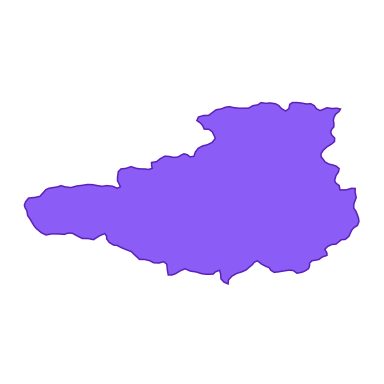 Nova Era, Minas Gerais, Brazil, rotated 271°
{"feature_id": "56859067B46168971865721", "entity_name": "Nova Era", "entity_type": "district", "adm_level": 2, "iso_a3": "BRA", "parent_name": "Brazil", "parent_adm1": "Minas Gerais", "projection": "equal_earth", "projection_center": [-43.01, -19.695], "detail": "fine", "context": "isolated", "style": "filled", "palette": "violet", "viewbox_px": 384, "rotation_deg": 271, "n_neighbors": 0, "source": "geoboundaries", "source_scale": "gbopen_adm2", "svg_char_len": 2952}
<svg xmlns="http://www.w3.org/2000/svg" viewBox="0 0 384 384"><g transform="rotate(271 192 192)"><path d="M157.9,33.1L155.3,34.8L153.0,36.7L150.8,39.4L148.7,42.0L146.5,46.7L147.7,52.5L147.7,59.9L147.4,65.2L148.7,68.4L148.7,73.0L146.2,77.8L143.6,83.1L143.6,89.4L142.6,94.4L144.6,97.3L146.7,100.5L148.9,105.5L146.3,107.4L143.6,107.5L140.0,110.3L137.6,114.5L137.3,118.0L135.0,122.6L133.0,127.8L131.3,132.5L128.6,135.2L125.8,138.4L123.7,140.6L123.7,145.9L122.6,150.9L120.6,154.8L120.4,160.2L121.8,164.9L119.3,168.1L113.6,168.7L108.6,169.7L108.7,173.5L110.1,177.1L113.1,181.8L115.1,186.4L112.9,191.7L112.1,197.7L110.5,203.1L110.0,207.5L110.1,211.0L110.3,214.6L112.5,216.7L114.2,220.9L110.3,222.1L105.6,222.5L102.3,225.7L100.7,229.7L104.7,230.0L108.5,233.3L111.4,238.2L113.1,243.4L115.1,247.6L117.4,250.1L120.3,253.5L122.9,255.5L124.3,258.6L121.0,263.0L119.0,267.0L117.7,270.5L115.1,272.2L113.1,275.5L113.6,279.5L114.6,284.7L115.5,290.1L115.3,294.5L112.6,298.4L113.8,303.7L115.4,307.0L117.5,309.9L120.1,310.8L123.0,310.8L125.3,313.1L126.7,320.0L129.3,323.4L131.0,328.1L133.6,327.9L137.0,325.8L139.9,328.6L141.9,332.5L142.5,337.0L144.9,339.8L146.9,342.3L147.3,346.1L150.3,349.6L153.8,351.1L156.5,352.3L158.9,354.2L161.5,358.0L165.2,359.4L168.5,359.0L172.1,357.7L175.5,356.3L178.7,354.0L182.8,354.0L189.4,356.3L194.5,355.1L198.4,355.1L198.5,351.5L196.8,346.1L196.7,339.9L201.1,339.0L203.3,335.8L205.8,334.4L210.8,335.6L214.7,338.1L218.0,338.7L220.3,335.9L221.4,332.7L222.3,328.4L224.3,324.6L227.2,322.4L229.4,320.6L232.3,320.2L235.9,322.4L239.4,326.0L242.3,330.5L244.9,333.6L248.4,333.7L251.4,330.7L254.4,329.6L257.2,330.7L259.6,332.7L263.0,332.7L265.9,332.1L268.8,332.5L272.2,334.2L275.0,337.5L277.5,339.0L278.3,335.4L277.9,330.5L278.6,325.4L277.0,321.9L275.7,318.6L277.4,315.0L280.5,312.7L282.4,309.1L282.0,305.0L282.8,300.4L283.3,295.3L283.2,290.8L281.3,288.2L277.0,287.4L274.6,284.1L277.1,279.9L280.0,277.2L281.7,273.9L282.4,268.4L281.9,264.3L282.6,259.5L280.3,256.3L279.4,251.4L276.8,247.0L276.7,242.2L276.6,237.7L277.0,232.7L278.0,227.9L277.4,224.2L275.5,219.6L274.7,214.8L271.6,210.7L268.9,207.3L268.7,202.3L267.1,197.1L263.5,195.6L261.2,199.1L258.6,201.5L255.1,203.1L255.0,207.8L252.6,211.2L249.5,212.8L246.0,214.4L241.9,211.2L239.5,206.6L238.4,202.1L235.9,197.5L232.0,194.6L227.7,193.3L227.1,189.3L229.2,186.7L230.1,183.3L228.6,180.4L226.7,177.3L226.3,173.0L227.1,168.7L227.4,164.3L224.7,159.6L221.7,156.0L220.8,151.0L217.5,151.2L215.0,151.8L213.8,148.3L214.2,144.3L214.2,139.7L214.7,135.8L216.3,130.7L214.5,125.7L213.8,120.5L211.1,118.0L205.9,117.3L201.8,117.3L198.8,119.0L195.9,120.3L194.5,117.2L196.4,112.4L196.9,106.5L196.1,102.1L196.8,97.1L197.6,92.3L197.7,87.6L196.7,81.7L196.0,76.7L194.3,70.8L195.0,64.6L196.1,61.0L194.8,57.5L194.0,53.1L193.3,49.0L191.8,45.9L188.4,42.9L185.0,40.0L183.8,34.9L183.1,28.7L179.4,25.8L175.9,24.6L173.3,25.4L170.5,27.2L165.5,28.1L161.7,30.8L157.9,33.1Z" fill="#8b5cf6" stroke="#5b21b6" stroke-width="1.5"/></g></svg>